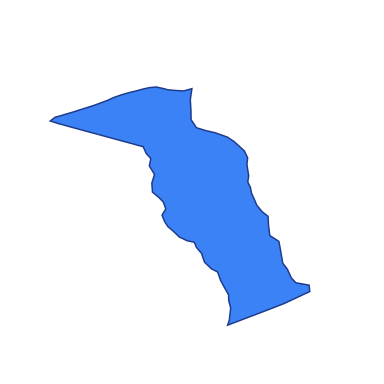 Barra de São Miguel, Alagoas, Brazil (orthographic projection), rotated 220°
{"feature_id": "56859067B85580806307237", "entity_name": "Barra de São Miguel", "entity_type": "district", "adm_level": 2, "iso_a3": "BRA", "parent_name": "Brazil", "parent_adm1": "Alagoas", "projection": "orthographic", "projection_center": [-35.941, -9.81], "detail": "fine", "context": "isolated", "style": "filled", "palette": "blue", "viewbox_px": 384, "rotation_deg": 220, "n_neighbors": 0, "source": "geoboundaries", "source_scale": "gbopen_adm2", "svg_char_len": 1187}
<svg xmlns="http://www.w3.org/2000/svg" viewBox="0 0 384 384"><g transform="rotate(220 192 192)"><path d="M346.2,155.3L338.3,158.5L258.5,195.3L251.9,192.1L245.0,191.1L241.4,184.5L232.1,181.4L228.4,172.9L222.2,166.5L213.9,166.5L207.6,165.9L201.2,162.2L200.1,155.0L193.9,151.7L188.2,150.0L182.2,150.0L172.7,149.4L164.5,151.5L157.9,155.0L153.0,152.4L145.3,151.1L137.3,146.3L127.8,145.6L121.0,147.2L113.0,142.5L105.5,139.6L97.8,136.7L94.3,132.6L87.8,128.0L81.1,117.9L79.1,112.9L56.3,153.8L49.5,166.3L37.8,191.5L42.4,195.9L48.0,192.7L54.1,189.2L60.6,190.0L69.2,194.1L76.7,195.8L87.8,205.2L93.7,210.0L104.4,208.7L111.6,215.3L118.1,222.2L125.6,222.0L133.8,223.5L139.3,226.3L145.9,229.5L150.1,233.0L155.8,235.6L158.9,240.8L163.0,244.3L167.6,248.4L171.3,253.9L178.2,257.1L191.9,257.7L200.1,256.8L212.5,252.2L221.1,247.8L229.9,244.1L239.3,246.9L244.5,253.0L252.7,261.7L258.5,271.1L263.3,264.1L270.8,258.5L276.2,254.8L281.3,252.4L286.8,249.5L291.7,244.6L295.9,239.1L299.7,233.6L304.0,227.8L308.5,221.1L312.8,213.9L315.4,208.3L318.6,202.6L322.5,195.8L325.9,190.4L330.3,183.5L334.5,176.8L338.6,170.7L341.7,165.9L344.9,161.3L346.2,155.3Z" fill="#3b82f6" stroke="#1e3a8a" stroke-width="1.5"/></g></svg>